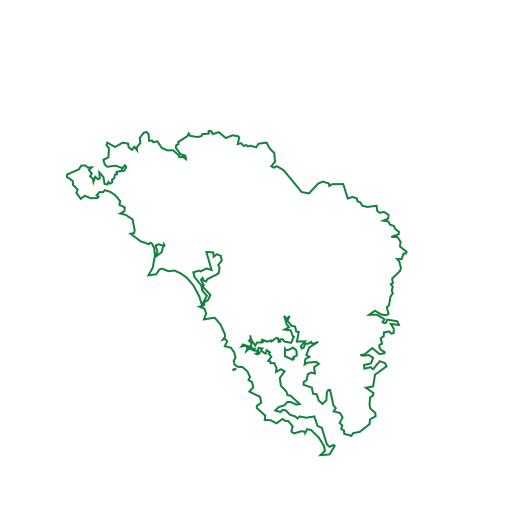 Northern Beaches, New South Wales, Australia, rotated 131°
{"feature_id": "25037944B81755283628627", "entity_name": "Northern Beaches", "entity_type": "district", "adm_level": 2, "iso_a3": "AUS", "parent_name": "Australia", "parent_adm1": "New South Wales", "projection": "albers", "projection_center": [151.285, -33.698], "detail": "fine", "context": "isolated", "style": "outline", "palette": "green", "viewbox_px": 512, "rotation_deg": 131, "n_neighbors": 0, "source": "geoboundaries", "source_scale": "gbopen_adm2", "svg_char_len": 6123}
<svg xmlns="http://www.w3.org/2000/svg" viewBox="0 0 512 512"><g transform="rotate(131 256 256)"><path d="M192.8,373.7L194.6,372.0L199.4,376.6L201.3,375.8L204.6,378.2L208.6,384.6L207.6,387.1L210.8,386.5L221.0,389.5L222.3,387.9L224.3,388.9L227.0,387.6L228.7,379.8L226.6,375.1L228.8,372.4L229.2,376.2L231.8,378.8L230.7,380.2L230.6,388.0L234.4,392.1L236.3,398.0L234.1,405.6L237.5,408.0L237.0,410.2L239.2,412.2L234.4,417.2L234.4,420.1L236.6,421.6L243.2,421.2L246.5,417.4L252.3,417.3L254.2,415.2L253.4,419.5L257.3,419.3L257.5,423.4L255.1,426.2L258.0,431.0L266.2,433.9L268.0,442.6L270.4,441.7L271.2,437.6L278.4,432.1L283.5,434.3L286.1,430.3L286.3,426.9L279.8,421.0L277.4,414.9L278.4,414.2L273.6,414.5L274.0,412.3L277.9,411.3L284.0,416.5L285.5,414.5L287.1,415.8L290.4,414.0L292.8,414.7L294.6,412.8L297.3,413.8L297.0,415.9L299.7,415.2L300.9,417.7L296.5,423.0L295.7,429.1L299.9,424.8L301.8,425.6L301.7,429.3L306.7,427.3L304.6,429.9L304.7,433.5L301.4,434.1L300.7,438.6L296.9,438.1L299.6,441.0L299.6,444.1L302.5,447.2L306.8,446.5L318.3,452.0L320.4,450.6L319.6,443.5L322.4,440.8L322.9,434.1L326.2,433.0L327.8,425.8L322.8,424.7L321.0,418.9L316.4,413.8L314.5,413.7L314.8,416.1L310.6,416.1L307.9,413.2L305.6,413.3L303.2,408.2L302.5,402.2L303.7,394.4L307.0,392.7L305.4,387.0L308.5,384.7L313.0,386.4L310.4,381.2L309.4,373.1L316.3,364.3L318.7,363.1L321.5,365.3L320.6,352.8L317.5,344.7L315.3,344.5L314.9,342.6L316.8,338.1L322.4,332.1L317.6,333.0L313.9,338.6L311.2,337.4L309.0,332.6L307.7,333.2L308.3,332.1L307.1,331.8L310.2,332.1L315.1,329.7L323.6,331.6L332.5,326.3L341.1,324.5L335.4,319.4L329.5,320.0L327.1,318.6L325.0,312.2L320.4,307.9L318.5,301.3L317.8,294.2L319.1,284.5L323.7,272.3L328.4,264.7L318.2,267.0L317.4,273.7L314.1,277.9L312.2,288.8L309.4,292.6L304.1,289.1L304.0,287.7L297.9,285.2L295.7,280.3L285.5,296.1L281.3,290.5L284.4,287.5L280.3,286.7L279.0,282.6L282.0,278.8L287.5,278.6L288.9,275.6L293.9,272.8L305.6,277.6L307.8,276.9L308.9,279.2L307.7,281.9L310.1,281.9L312.4,276.2L314.1,277.1L315.3,264.9L321.0,263.3L324.8,264.9L327.3,262.9L331.3,265.4L329.6,260.4L332.0,256.0L338.0,253.7L329.7,246.8L330.9,238.1L335.3,228.4L337.3,226.4L340.9,226.1L338.9,225.0L339.3,221.7L344.6,220.4L341.7,214.7L343.0,209.2L346.1,204.8L349.9,203.9L352.0,201.0L351.6,197.1L348.7,193.3L348.7,186.9L351.2,181.2L354.6,180.2L353.8,176.4L356.7,172.0L362.7,172.0L359.6,160.5L363.3,155.9L368.6,157.0L370.2,155.7L370.4,144.3L374.0,141.9L370.4,137.3L368.8,130.7L361.7,129.2L361.1,125.2L359.4,123.7L360.5,116.6L365.3,114.1L365.0,111.0L358.4,106.7L356.4,103.7L357.2,102.8L353.2,103.8L351.2,100.4L351.8,89.4L354.9,79.9L357.8,76.1L364.0,76.7L357.5,70.3L347.7,72.0L347.7,73.5L351.7,75.2L351.7,78.9L342.5,93.7L343.9,98.1L338.8,106.7L345.1,112.0L348.5,117.8L351.5,118.2L351.3,121.0L353.6,126.4L352.9,131.9L354.6,134.9L357.7,135.2L359.9,140.1L355.1,139.7L350.0,136.6L345.7,136.6L343.5,134.2L341.7,128.0L339.1,125.9L338.7,138.1L340.3,141.0L338.4,144.0L337.6,152.1L332.5,158.0L324.3,158.7L325.1,162.9L330.4,164.8L326.9,167.3L324.9,172.1L327.4,174.7L326.2,176.0L327.2,177.9L322.0,178.3L321.3,182.5L319.6,182.3L320.0,186.2L323.4,184.7L324.3,190.1L321.6,190.6L323.7,193.7L326.4,192.5L326.8,189.6L329.2,190.2L329.8,192.0L327.9,191.2L326.9,192.8L329.1,196.3L326.9,196.2L330.1,199.5L328.4,199.5L329.3,200.3L334.1,200.9L330.7,202.4L330.8,205.2L333.8,207.6L331.3,207.8L328.8,201.6L326.9,200.9L324.7,202.4L324.5,205.7L321.9,205.7L319.6,208.4L322.1,205.3L324.2,197.9L320.5,198.4L317.3,194.7L316.5,195.5L316.6,193.9L315.9,195.6L315.9,193.6L314.8,195.7L313.0,191.0L310.0,189.5L310.5,188.3L304.3,186.9L303.8,185.2L306.1,182.5L304.6,181.5L303.6,183.3L301.4,181.5L301.9,178.4L298.5,172.5L291.2,174.8L292.6,174.5L292.7,175.1L289.4,181.1L292.8,186.2L288.1,184.3L287.4,188.2L282.6,195.5L283.6,191.7L279.2,191.2L284.3,189.9L285.3,183.3L283.6,180.2L286.6,176.0L285.3,173.9L293.8,169.0L288.2,163.0L294.8,163.0L295.8,160.8L294.0,159.9L289.5,161.3L288.5,159.4L284.7,158.1L285.5,156.7L283.6,154.5L280.0,152.8L290.3,155.8L297.7,153.1L297.1,149.6L301.4,151.1L306.0,148.1L302.9,147.3L296.5,141.2L296.1,137.8L301.9,139.2L306.0,134.4L307.6,137.7L311.1,139.4L316.6,136.3L319.8,137.4L322.0,135.7L318.7,127.5L322.5,122.6L320.5,119.6L323.9,113.9L324.0,108.8L318.6,108.3L312.5,113.0L309.7,113.5L308.6,112.1L317.9,99.6L318.5,96.0L322.3,95.5L319.4,89.5L321.1,84.7L327.2,83.3L327.3,79.8L330.6,78.2L330.0,75.0L332.3,72.9L329.2,66.0L326.0,66.5L320.6,62.3L308.4,60.0L304.5,62.8L298.5,60.6L296.1,63.1L296.2,69.3L293.9,72.7L287.8,77.2L284.5,76.1L282.4,77.4L283.3,86.6L277.6,82.1L267.5,88.3L253.7,85.1L252.2,88.4L254.2,93.6L264.7,93.4L264.7,96.6L269.9,100.2L267.6,103.0L261.6,98.8L256.0,100.8L256.7,105.8L261.4,110.2L262.2,112.3L259.1,109.5L249.2,107.8L249.0,98.5L245.1,95.2L244.1,95.8L244.9,100.4L243.7,103.4L242.1,104.5L239.4,103.3L236.4,107.9L232.8,107.0L229.7,109.3L225.6,106.0L225.8,102.9L224.0,101.6L220.6,104.1L218.8,109.7L214.3,102.9L212.6,106.6L217.9,115.2L221.2,114.1L222.5,115.4L222.9,117.1L219.4,117.5L221.0,126.2L226.2,132.1L219.3,130.3L218.0,123.3L215.5,119.0L212.7,118.0L208.9,123.7L206.2,123.2L198.3,127.9L194.5,128.2L192.9,131.0L189.5,132.5L188.9,135.7L186.6,134.9L183.8,138.4L173.1,137.5L170.1,138.6L166.1,144.3L165.7,147.5L162.8,144.1L157.4,146.2L155.9,144.5L154.0,145.1L154.4,153.6L150.5,156.1L148.9,161.5L152.8,166.5L146.0,162.6L144.0,164.0L144.3,168.7L142.9,171.7L144.4,175.3L143.2,179.0L145.8,183.1L141.1,180.8L138.0,182.9L138.7,188.1L142.4,191.3L142.3,194.3L139.0,198.0L145.8,204.0L148.3,208.7L147.1,212.6L148.1,215.2L146.4,217.7L148.2,222.0L152.4,224.4L144.5,237.4L151.8,245.6L155.0,246.6L153.5,248.6L156.0,254.4L160.6,256.6L174.0,257.1L177.8,263.5L173.1,291.4L174.6,299.3L177.6,300.4L178.2,303.3L172.3,303.5L166.4,309.7L165.8,316.7L163.5,322.4L169.5,327.7L173.9,327.2L176.4,332.6L178.7,334.1L178.6,336.2L181.0,337.4L180.7,341.3L183.5,343.3L177.7,346.3L177.3,348.0L180.3,352.9L186.8,356.2L187.0,365.4L192.3,368.6L191.1,371.7L192.8,373.7ZM300.8,163.6L300.8,167.9L305.4,169.8L307.6,171.8L307.2,173.0L312.7,168.5L310.3,160.3L307.7,160.0L308.9,160.8L308.0,161.5L304.3,159.9L300.8,163.6ZM354.0,196.9L356.3,198.6L357.6,198.5L354.0,196.9Z" fill="none" stroke="#15803d" stroke-width="2"/></g></svg>